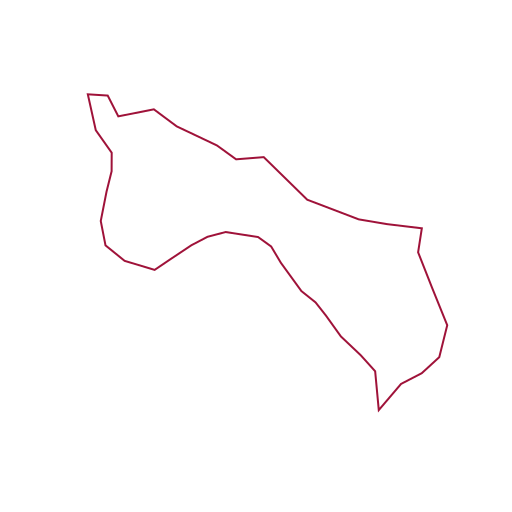 Moutoulias, Nicosia, Cyprus (Mercator projection), rotated 14°
{"feature_id": "46923920B1474013022531", "entity_name": "Moutoulias", "entity_type": "district", "adm_level": 2, "iso_a3": "CYP", "parent_name": "Cyprus", "parent_adm1": "Nicosia", "projection": "mercator", "projection_center": [32.834, 34.974], "detail": "fine", "context": "isolated", "style": "outline", "palette": "rose", "viewbox_px": 512, "rotation_deg": 14, "n_neighbors": 0, "source": "geoboundaries", "source_scale": "gbopen_adm2", "svg_char_len": 649}
<svg xmlns="http://www.w3.org/2000/svg" viewBox="0 0 512 512"><g transform="rotate(14 256 256)"><path d="M458.3,276.9L434.3,243.9L412.4,213.2L410.2,189.0L375.2,193.4L346.8,195.6L292.1,189.0L239.6,158.2L213.3,167.0L191.4,158.2L147.7,149.4L121.4,138.4L88.6,153.8L73.3,136.2L53.7,139.8L70.1,172.7L91.0,190.7L95.4,208.7L95.4,229.6L96.9,259.6L107.4,282.1L129.7,292.5L161.0,294.0L174.4,279.1L190.8,261.1L204.3,249.1L220.7,240.1L253.4,237.1L268.4,243.1L281.8,256.6L308.6,279.1L325.0,286.6L338.4,297.0L357.8,313.5L381.7,327.0L399.5,339.0L412.4,375.8L427.7,345.0L445.2,329.6L458.3,309.8L458.3,276.9Z" fill="none" stroke="#9f1239" stroke-width="2"/></g></svg>